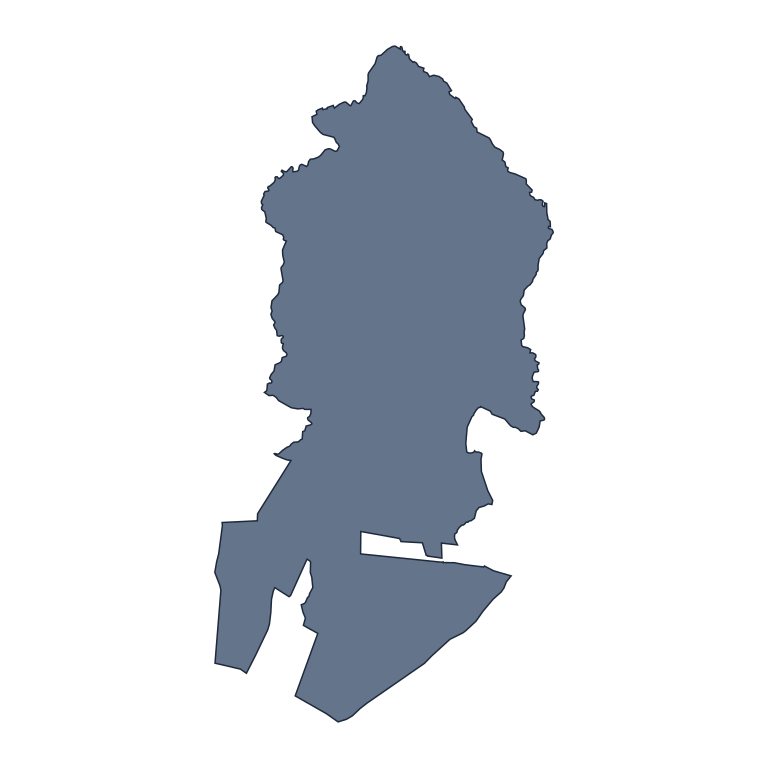 Panotla, Tlaxcala, Mexico
{"feature_id": "50627088B24091411399710", "entity_name": "Panotla", "entity_type": "district", "adm_level": 2, "iso_a3": "MEX", "parent_name": "Mexico", "parent_adm1": "Tlaxcala", "projection": "robinson", "projection_center": [-98.282, 19.352], "detail": "fine", "context": "isolated", "style": "filled", "palette": "slate", "viewbox_px": 768, "rotation_deg": 0, "n_neighbors": 0, "source": "geoboundaries", "source_scale": "gbopen_adm2", "svg_char_len": 6078}
<svg xmlns="http://www.w3.org/2000/svg" viewBox="0 0 768 768"><path d="M268.6,190.9L265.1,191.5L264.0,193.2L263.7,194.2L264.1,195.4L261.3,201.3L261.6,203.6L262.8,204.8L261.5,207.6L261.8,209.5L264.8,211.9L266.3,218.4L265.8,221.6L266.2,222.4L270.9,225.2L273.1,227.5L275.0,228.1L275.6,231.2L276.2,231.8L282.6,234.7L283.7,237.0L283.3,239.4L283.9,240.1L286.3,241.0L282.5,250.0L282.8,255.7L284.3,262.1L283.1,265.0L281.2,267.4L281.0,268.9L283.1,280.8L282.4,282.5L279.6,285.0L278.9,292.5L277.7,294.8L272.0,300.8L271.0,307.6L272.1,311.0L270.9,314.3L272.2,318.4L275.0,321.9L274.8,323.0L273.6,325.0L274.9,328.1L276.6,330.4L277.2,335.6L279.1,336.2L281.9,335.5L283.3,336.3L283.3,337.1L281.3,339.1L281.2,339.9L281.3,342.6L282.1,343.4L283.2,343.5L283.3,344.1L282.6,346.2L282.5,348.4L283.5,350.6L286.2,352.7L287.0,354.5L286.3,356.2L282.2,357.6L281.4,361.3L280.1,362.6L275.1,364.8L274.0,371.0L271.1,374.5L269.7,377.7L269.7,378.7L271.7,380.5L271.9,382.2L271.3,383.0L269.3,383.1L267.4,384.1L266.9,390.0L266.3,391.1L264.4,392.4L269.0,395.6L272.9,395.3L274.2,396.0L276.4,397.6L278.6,400.6L291.2,407.7L297.8,408.9L303.2,408.4L304.8,409.4L311.1,409.4L310.8,413.7L309.5,416.5L307.7,417.6L307.6,418.7L308.3,420.2L311.2,422.4L311.9,423.8L310.5,424.9L306.2,426.0L304.8,430.7L302.7,431.6L302.2,439.0L300.7,439.7L298.4,441.8L293.5,442.3L290.8,444.5L289.9,446.1L286.9,447.3L282.6,450.3L278.8,453.9L277.5,454.2L274.7,453.5L274.2,453.8L276.0,455.4L282.2,458.1L287.0,459.9L291.0,460.5L257.6,513.7L257.3,520.8L222.1,522.5L222.4,525.7L218.7,553.7L216.7,561.5L214.8,572.4L220.0,585.8L220.9,590.2L215.0,663.2L240.4,669.1L246.4,673.3L255.7,655.0L267.6,630.1L269.4,624.3L270.8,612.8L271.5,599.3L273.3,591.0L274.8,587.6L289.1,596.7L290.6,595.5L307.0,559.2L309.7,560.8L310.6,562.3L310.3,572.5L311.8,577.4L312.8,587.6L309.6,593.5L309.1,595.9L307.3,597.9L305.6,602.1L304.5,603.4L301.2,604.8L303.0,612.2L305.4,618.1L303.4,625.4L317.8,633.4L295.2,695.9L326.6,713.8L338.1,721.9L346.6,719.2L352.4,715.8L360.1,708.5L366.6,703.4L424.5,663.3L431.4,656.2L449.9,639.3L463.2,632.7L466.3,630.2L475.9,621.3L483.0,611.2L493.1,599.2L501.2,592.0L504.0,587.9L506.3,581.9L511.1,575.9L493.4,570.7L484.4,566.0L483.7,567.0L464.9,564.7L454.3,562.7L443.1,562.6L443.1,561.9L441.5,562.2L360.6,553.9L360.8,531.5L399.6,538.5L401.0,541.6L422.4,542.8L426.2,555.3L427.7,555.6L427.7,556.1L441.9,558.1L441.4,543.1L457.5,544.9L455.3,540.4L454.5,537.8L454.7,534.0L456.8,532.6L457.5,529.9L459.6,527.1L462.0,525.1L463.1,525.1L464.6,524.2L466.0,522.3L468.0,522.2L469.5,520.8L471.0,520.8L474.4,518.3L476.2,510.9L479.0,507.5L484.3,506.0L488.1,503.9L491.9,504.5L492.7,500.4L487.8,490.7L481.4,471.5L481.0,459.3L482.0,454.0L481.6,453.3L478.8,452.1L475.6,451.9L474.6,450.8L474.0,452.0L472.0,452.9L469.2,453.1L466.8,452.1L465.8,443.4L467.2,427.1L471.9,416.7L473.6,415.1L473.8,413.9L476.3,410.0L478.5,407.6L480.2,407.4L480.6,406.6L490.3,411.1L492.1,414.2L504.8,419.0L510.5,425.7L513.3,427.3L515.4,427.3L518.4,428.8L520.9,431.3L525.2,430.8L532.9,434.8L536.3,433.1L539.2,427.0L540.1,421.0L544.1,420.0L544.6,418.9L544.1,417.3L540.7,413.5L540.5,412.5L539.2,410.9L533.1,407.2L531.3,404.9L531.2,403.8L533.9,401.9L534.3,400.9L534.3,400.0L531.6,398.8L531.1,397.0L531.5,396.1L533.9,395.3L535.1,392.0L536.0,391.1L537.4,391.3L538.3,389.7L536.8,387.9L536.8,386.2L538.3,384.1L538.6,382.3L538.1,381.7L533.1,381.5L532.2,378.3L532.5,376.0L534.1,372.2L538.0,371.6L538.5,371.1L538.5,370.0L537.7,368.8L537.2,365.1L538.7,364.1L539.0,362.8L535.0,360.7L534.6,358.9L535.9,356.9L535.8,354.9L534.9,354.0L532.8,352.9L529.9,352.8L530.7,349.6L527.8,347.8L522.8,346.6L521.7,345.4L521.1,340.1L523.8,338.3L524.4,335.5L524.1,331.8L524.7,329.0L522.9,315.8L523.3,313.8L525.4,309.7L525.1,308.1L521.2,304.7L520.2,301.3L520.7,299.4L523.4,295.6L524.2,290.1L527.6,286.4L530.3,284.5L532.5,281.5L533.0,279.2L536.1,274.6L536.3,272.3L537.8,270.8L538.1,269.6L538.1,264.9L539.2,258.5L543.0,253.6L543.7,250.6L546.9,248.0L546.7,243.4L548.0,240.5L549.8,239.4L550.4,238.4L551.3,235.2L553.2,232.8L553.0,231.3L551.9,229.4L548.9,228.6L548.3,227.6L548.6,226.5L550.4,226.8L550.3,223.6L550.0,221.2L548.1,219.6L546.8,212.5L546.6,203.6L544.8,202.9L544.5,206.6L543.6,206.6L542.6,205.7L542.3,204.0L543.1,201.4L542.3,200.5L541.2,199.9L539.3,199.7L537.6,200.3L535.0,199.7L533.6,197.4L530.7,195.9L529.9,195.0L529.6,192.5L531.7,192.1L532.1,190.0L526.3,184.0L526.3,179.9L525.8,178.7L515.0,173.9L510.2,172.6L507.9,171.4L507.6,170.4L508.2,167.9L505.8,166.6L504.9,162.0L502.2,160.0L503.5,153.9L503.0,152.0L499.8,149.5L494.9,147.2L492.5,144.1L490.3,139.6L489.0,137.9L477.1,132.0L476.6,128.2L474.0,126.7L471.3,121.6L472.3,119.4L464.8,109.3L464.3,106.9L458.8,98.8L455.9,97.3L455.7,98.4L454.5,98.0L449.8,94.5L449.0,92.0L451.5,90.7L446.8,83.0L443.6,81.2L442.6,78.9L439.0,76.5L433.8,75.2L429.5,76.6L427.3,73.0L423.8,71.6L423.4,70.2L423.9,68.2L418.5,66.4L416.5,63.1L414.1,61.7L413.1,62.3L410.0,59.4L409.3,58.3L408.7,54.8L407.9,54.1L407.0,55.0L405.6,54.5L405.0,53.5L405.0,51.4L404.2,51.3L404.1,52.2L402.7,50.8L401.9,47.2L401.1,46.6L400.6,46.6L400.2,47.6L400.3,49.2L395.1,46.1L392.4,46.5L387.3,49.5L381.1,55.2L378.3,55.7L377.1,57.0L375.1,63.7L368.6,72.9L368.1,74.5L368.1,80.9L366.7,85.9L366.9,88.1L366.4,92.5L365.0,95.7L363.3,95.7L363.1,98.4L362.5,99.6L359.2,103.6L357.1,103.0L355.1,100.8L353.8,100.8L353.2,101.2L350.9,105.6L350.1,105.7L345.8,102.1L344.0,102.1L339.0,104.5L334.4,108.1L333.2,105.4L327.2,107.6L327.3,108.7L322.8,109.6L322.4,108.1L318.1,109.8L316.2,111.2L316.9,114.4L312.0,116.7L312.6,122.6L314.9,126.0L320.5,132.5L323.0,134.4L333.6,137.2L334.6,138.4L336.4,142.5L338.0,143.9L339.4,146.4L336.9,151.0L335.2,151.3L330.5,149.0L328.5,148.7L325.2,149.8L320.5,155.5L318.4,157.1L313.7,158.9L310.3,159.2L308.6,161.6L307.9,164.9L306.7,166.5L301.7,164.3L300.2,165.0L299.3,166.4L298.7,169.9L297.1,171.3L293.1,171.8L292.7,170.9L293.1,168.2L292.4,167.0L291.3,166.7L286.7,171.7L284.6,171.6L282.0,170.2L281.3,171.4L283.4,173.3L283.4,175.2L279.6,178.5L278.4,178.3L277.2,176.8L275.5,176.9L275.0,177.8L275.3,179.9L274.0,182.5L269.2,186.5L268.3,186.5L267.7,188.0L268.9,189.9L268.6,190.9Z" fill="#64748b" stroke="#1e293b" stroke-width="1.5"/></svg>